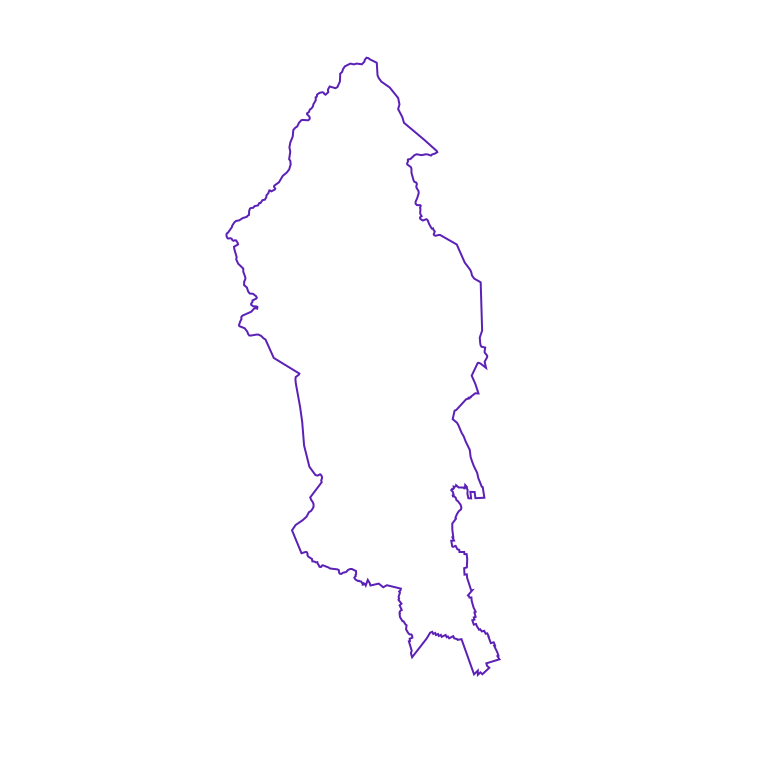 Zacapoaxtla, Puebla, Mexico, rotated 335°
{"feature_id": "50627088B50649641407498", "entity_name": "Zacapoaxtla", "entity_type": "district", "adm_level": 2, "iso_a3": "MEX", "parent_name": "Mexico", "parent_adm1": "Puebla", "projection": "albers", "projection_center": [-97.59, 19.841], "detail": "fine", "context": "isolated", "style": "outline", "palette": "violet", "viewbox_px": 768, "rotation_deg": 335, "n_neighbors": 0, "source": "geoboundaries", "source_scale": "gbopen_adm2", "svg_char_len": 6137}
<svg xmlns="http://www.w3.org/2000/svg" viewBox="0 0 768 768"><g transform="rotate(335 384 384)"><path d="M417.4,111.3L414.2,113.9L411.7,114.3L409.2,115.4L405.9,121.1L401.2,125.5L398.3,129.5L397.2,133.9L393.0,140.2L393.4,142.1L392.3,145.4L388.7,149.5L385.1,151.3L380.2,152.6L374.0,156.8L368.7,157.8L367.9,158.3L367.7,159.1L368.0,161.0L367.2,161.6L363.3,161.8L362.4,160.3L361.9,160.1L359.8,162.2L357.1,163.4L356.4,164.8L354.0,166.6L351.6,166.0L348.5,167.8L347.5,167.3L346.9,167.6L345.4,168.9L341.9,168.1L340.0,169.0L337.7,168.3L336.6,168.4L334.9,170.2L333.1,173.7L331.4,173.9L330.3,174.5L326.0,173.9L322.0,174.5L318.7,173.7L316.6,174.3L313.3,176.4L312.5,177.5L306.6,180.9L305.2,181.1L304.5,181.7L303.7,183.7L303.8,185.8L304.2,186.3L306.4,186.9L307.3,188.0L307.4,189.5L308.1,190.6L309.5,190.7L310.6,191.3L311.0,194.2L310.8,195.7L310.4,195.9L306.1,196.2L305.3,198.7L304.1,206.7L302.7,208.7L302.7,213.4L305.2,219.9L303.9,222.9L303.4,228.6L302.7,230.3L300.5,232.2L299.0,235.2L300.5,238.6L300.0,242.6L300.5,245.2L303.4,246.9L305.2,250.5L305.2,252.0L304.4,252.6L300.1,252.7L299.4,254.1L297.6,255.0L297.1,256.0L298.2,258.2L301.5,260.0L301.8,260.8L300.9,262.1L299.8,261.1L298.2,260.7L294.2,262.4L284.5,262.2L282.8,263.2L282.3,264.9L280.3,266.4L277.4,269.4L277.4,270.5L281.3,274.6L282.2,278.7L282.0,281.3L282.4,283.1L284.0,283.9L289.6,285.4L291.2,286.3L293.0,288.5L294.1,291.6L295.4,293.6L295.1,313.8L311.7,338.8L310.7,339.6L306.9,340.4L305.7,342.3L304.3,346.3L298.3,369.2L293.8,383.9L285.6,405.9L281.4,427.5L283.4,437.6L285.3,439.0L287.9,438.8L288.6,440.3L288.5,442.3L287.5,443.8L286.4,444.7L286.0,446.7L269.2,455.6L269.0,458.2L269.5,460.6L269.4,463.0L268.2,465.6L266.2,467.1L264.2,468.2L261.7,468.5L257.8,471.5L252.6,473.1L244.4,474.4L238.8,477.7L237.7,502.5L242.0,503.1L243.0,503.8L243.0,505.5L242.3,506.7L242.4,508.4L244.8,512.2L244.1,514.4L246.1,515.7L246.9,516.9L248.3,517.3L248.0,519.2L248.3,520.1L248.2,522.2L248.8,522.9L249.9,523.2L250.7,522.4L251.9,522.4L256.3,527.0L257.0,528.3L263.4,532.3L264.4,533.6L263.7,535.6L263.7,537.2L265.1,538.1L267.0,537.7L270.2,538.4L272.9,537.3L275.2,537.4L276.7,538.1L279.6,541.7L278.4,544.5L277.4,545.0L277.3,546.1L275.3,546.9L275.3,548.0L275.6,549.3L277.2,551.6L278.1,551.7L278.7,552.7L279.9,553.4L280.0,555.8L281.3,555.8L281.5,556.2L280.5,557.0L282.3,557.4L282.3,558.9L286.5,554.7L286.9,558.3L286.6,560.9L294.9,562.7L297.4,567.9L301.6,567.6L312.8,576.6L311.6,578.1L310.1,578.4L310.2,580.0L307.7,582.5L307.1,583.6L307.1,584.8L305.9,585.7L307.0,590.5L304.6,591.2L304.6,596.3L303.1,596.4L301.5,597.6L301.4,598.8L301.0,598.9L300.0,601.9L300.5,606.7L301.4,607.3L301.9,611.2L302.5,612.2L300.3,615.6L300.7,619.8L301.3,621.7L302.8,622.4L303.2,623.7L302.5,625.9L299.6,625.7L298.9,627.9L297.8,627.7L296.4,637.4L294.6,639.4L294.0,643.5L315.1,632.7L320.7,628.9L323.0,629.0L323.0,631.3L325.2,631.3L325.0,633.5L327.3,633.4L327.2,635.5L329.5,635.4L329.4,637.5L333.8,637.5L333.8,639.9L335.2,639.8L335.6,642.0L340.2,641.8L340.1,644.1L342.6,646.3L342.6,647.0L346.4,648.0L342.9,685.2L347.9,683.4L346.2,687.2L349.5,686.1L350.5,688.6L359.5,685.7L358.3,683.0L358.7,680.4L372.3,682.3L371.8,678.6L372.9,678.7L373.3,675.2L373.2,667.9L374.1,668.1L374.3,664.5L371.3,664.0L371.9,657.0L372.2,657.0L372.2,653.6L370.6,653.3L370.5,650.0L368.1,649.6L367.5,646.9L366.3,646.9L365.8,642.6L366.0,640.4L363.7,640.0L364.2,635.4L366.4,635.8L366.7,633.5L368.6,633.8L369.4,629.2L370.8,629.2L370.7,624.4L371.8,617.7L373.0,614.4L371.2,613.7L371.3,612.2L370.7,611.1L376.9,608.2L375.8,607.9L377.4,594.9L378.6,591.5L376.4,590.8L378.8,584.8L381.6,585.2L385.6,577.5L387.0,573.1L385.0,572.2L385.7,570.1L381.4,568.2L382.1,566.0L380.7,564.9L380.5,561.0L377.7,560.8L377.2,560.0L378.7,554.5L381.3,555.5L381.2,552.0L382.0,552.3L384.4,544.8L386.9,539.3L392.3,536.5L392.2,535.4L395.2,532.7L397.8,531.0L400.9,530.1L401.9,528.7L402.4,525.8L401.4,521.2L400.6,520.1L400.9,517.3L400.1,515.5L399.6,515.3L399.6,514.9L399.1,514.9L399.2,513.9L400.3,513.7L400.8,510.8L400.1,508.6L401.5,507.9L402.2,508.4L403.2,508.1L403.8,506.4L404.4,507.0L406.1,507.1L406.6,506.3L407.9,509.3L412.4,511.5L412.5,512.4L413.2,512.7L414.9,509.9L415.6,512.4L415.0,513.9L415.0,515.5L413.2,518.7L412.2,523.2L414.6,524.5L416.7,518.3L420.5,520.2L418.6,526.1L426.9,529.5L429.9,519.1L429.2,518.4L429.7,509.2L430.9,503.8L430.7,496.8L431.1,491.3L431.7,486.6L433.9,479.9L433.7,471.1L434.1,465.2L433.7,461.1L434.0,452.8L433.8,450.0L431.4,444.9L436.7,438.0L438.5,438.1L452.1,432.5L455.1,433.1L455.1,432.2L457.1,432.7L457.4,432.2L462.8,431.0L465.6,432.5L466.8,422.8L467.0,413.5L477.9,404.5L478.9,404.9L480.2,406.4L483.3,412.5L484.6,406.4L488.8,403.3L489.5,401.9L488.6,398.5L488.7,397.4L491.1,393.7L488.1,391.4L487.9,389.8L488.5,387.5L490.4,382.4L495.5,377.1L514.6,332.7L510.3,326.6L509.6,322.7L510.3,319.8L510.4,317.1L508.5,308.1L508.9,288.3L497.8,272.6L496.7,272.1L493.5,271.5L492.4,270.5L492.3,269.4L494.5,267.2L494.0,265.0L494.2,263.7L493.1,263.5L492.8,261.9L492.5,257.8L492.8,254.5L492.6,253.4L491.9,252.5L488.2,252.2L486.7,249.7L486.8,248.6L487.7,247.9L489.0,247.8L488.8,245.5L489.1,244.1L490.9,241.0L491.1,239.6L492.6,238.1L492.5,237.3L489.5,235.8L488.8,234.1L489.6,232.2L492.5,229.7L495.8,226.1L496.6,224.7L496.8,223.5L496.4,220.1L496.7,218.7L498.3,216.7L498.4,215.2L496.9,213.4L496.9,211.8L498.1,204.4L499.9,200.3L500.0,198.8L497.9,194.9L498.1,193.9L499.9,192.3L500.3,190.9L500.8,190.6L502.8,191.3L508.4,189.5L510.7,189.6L514.8,192.5L519.1,193.5L520.7,194.5L523.1,196.8L524.6,196.3L527.7,196.7L530.3,196.4L530.3,195.2L523.9,180.2L512.5,155.7L513.4,149.9L513.0,140.8L516.2,137.1L517.7,130.8L514.5,117.7L509.4,108.9L508.5,104.5L508.6,101.5L513.2,89.8L508.2,83.5L507.6,82.1L506.0,80.9L503.7,82.0L502.4,83.6L499.1,84.9L494.7,82.1L491.8,81.6L488.9,79.4L482.7,79.6L480.0,81.3L477.9,83.5L475.5,84.2L471.9,91.2L467.3,95.2L465.0,95.4L460.5,91.4L457.6,93.5L456.8,96.0L453.3,97.1L452.6,96.2L452.4,94.5L451.4,93.5L448.7,92.9L445.7,93.4L444.5,95.2L443.2,95.3L442.1,98.0L438.4,100.5L436.5,102.7L434.4,103.7L432.9,103.9L430.7,105.9L429.0,106.0L428.4,106.5L428.3,107.1L429.4,110.2L429.1,111.7L428.3,112.6L426.6,112.9L421.9,110.3L420.5,110.0L417.4,111.3Z" fill="none" stroke="#5b21b6" stroke-width="2"/></g></svg>